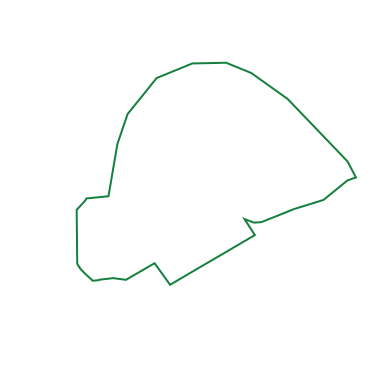 outline of Gokwe South Urban, Midlands, Zimbabwe, rotated 135°
{"feature_id": "62879985B9450607738823", "entity_name": "Gokwe South Urban", "entity_type": "district", "adm_level": 2, "iso_a3": "ZWE", "parent_name": "Zimbabwe", "parent_adm1": "Midlands", "projection": "equal_earth", "projection_center": [28.956, -18.22], "detail": "fine", "context": "isolated", "style": "outline", "palette": "green", "viewbox_px": 384, "rotation_deg": 135, "n_neighbors": 0, "source": "geoboundaries", "source_scale": "gbopen_adm2", "svg_char_len": 815}
<svg xmlns="http://www.w3.org/2000/svg" viewBox="0 0 384 384"><g transform="rotate(135 192 192)"><path d="M60.4,103.7L58.6,190.2L64.6,226.1L65.9,234.1L76.5,259.3L100.9,282.7L136.4,297.6L158.2,295.2L182.3,292.7L199.2,284.4L210.8,278.7L253.6,248.4L254.1,248.1L271.2,262.1L272.2,261.8L272.6,261.7L274.2,261.4L286.2,260.9L323.8,222.5L323.8,222.1L324.1,221.7L324.3,221.3L324.3,220.6L324.6,219.9L324.6,218.7L324.9,218.4L324.9,217.6L325.2,217.3L325.2,216.9L325.4,210.6L325.4,210.2L325.4,209.1L325.3,207.7L325.0,201.4L325.0,201.0L325.0,199.9L325.0,199.5L320.3,195.6L319.7,195.6L308.7,186.9L308.4,186.5L300.8,176.6L268.8,168.1L273.1,141.9L253.4,136.8L178.0,117.1L174.0,135.7L173.6,134.8L169.8,126.5L164.2,121.6L131.7,107.7L104.6,93.4L74.0,90.3L65.8,86.4L60.4,103.7Z" fill="none" stroke="#15803d" stroke-width="2"/></g></svg>